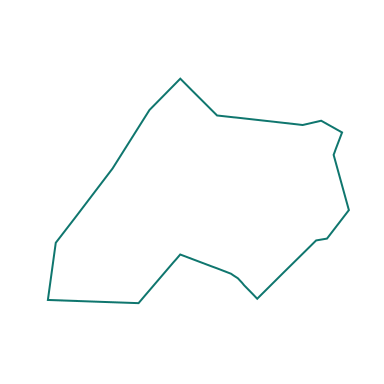 the district of Itaueira, Piauí, Brazil, rotated 353°
{"feature_id": "56859067B67245959510015", "entity_name": "Itaueira", "entity_type": "district", "adm_level": 2, "iso_a3": "BRA", "parent_name": "Brazil", "parent_adm1": "Piauí", "projection": "albers", "projection_center": [-43.096, -7.478], "detail": "fine", "context": "isolated", "style": "outline", "palette": "teal", "viewbox_px": 384, "rotation_deg": 353, "n_neighbors": 0, "source": "geoboundaries", "source_scale": "gbopen_adm2", "svg_char_len": 627}
<svg xmlns="http://www.w3.org/2000/svg" viewBox="0 0 384 384"><g transform="rotate(353 192 192)"><path d="M125.4,295.8L133.1,288.7L164.8,259.7L167.9,257.0L172.7,252.6L202.2,268.1L207.5,270.8L220.8,277.9L222.8,279.7L227.0,283.2L230.7,288.3L232.4,291.0L240.0,300.9L243.7,305.9L273.2,283.0L291.4,269.0L309.3,255.2L320.3,254.7L345.5,229.1L337.1,172.4L338.4,169.9L339.9,166.9L348.2,151.2L328.9,137.0L310.0,139.0L304.7,137.7L244.6,123.4L242.7,123.0L226.2,119.1L203.8,90.5L194.2,78.1L159.8,105.4L116.0,159.0L74.1,202.0L50.6,225.8L47.7,236.7L35.8,281.6L97.5,291.4L125.4,295.8Z" fill="none" stroke="#0f766e" stroke-width="2"/></g></svg>